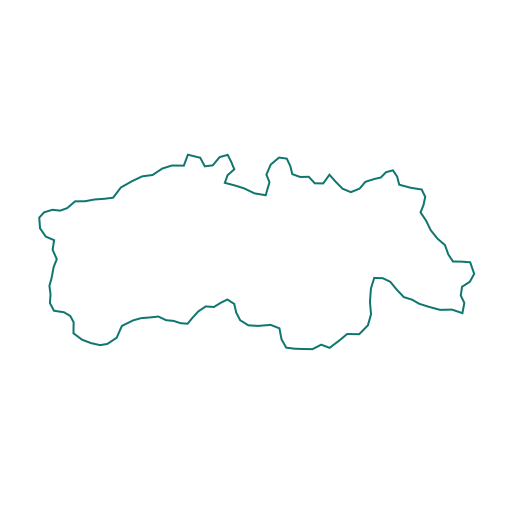 the district of Coimbra, Minas Gerais, Brazil, rotated 184°
{"feature_id": "56859067B39104662018874", "entity_name": "Coimbra", "entity_type": "district", "adm_level": 2, "iso_a3": "BRA", "parent_name": "Brazil", "parent_adm1": "Minas Gerais", "projection": "albers", "projection_center": [-42.796, -20.843], "detail": "fine", "context": "isolated", "style": "outline", "palette": "teal", "viewbox_px": 512, "rotation_deg": 184, "n_neighbors": 0, "source": "geoboundaries", "source_scale": "gbopen_adm2", "svg_char_len": 1823}
<svg xmlns="http://www.w3.org/2000/svg" viewBox="0 0 512 512"><g transform="rotate(184 256 256)"><path d="M176.2,169.5L166.8,177.7L159.7,184.5L147.6,185.2L139.5,194.7L137.2,205.9L139.1,218.1L139.1,231.6L136.5,242.4L128.0,242.7L120.2,239.6L113.5,232.5L105.7,225.3L97.2,223.3L89.8,219.7L80.2,217.4L68.6,215.1L56.8,216.2L46.1,213.4L44.9,223.7L49.0,230.9L48.3,239.7L40.9,245.2L37.1,253.4L41.9,264.7L51.6,264.7L59.1,264.2L64.3,271.0L68.2,280.0L76.2,286.0L83.5,293.9L88.7,303.0L94.9,311.0L92.5,318.4L91.3,326.8L95.4,333.9L106.1,334.8L118.1,337.1L120.7,345.0L125.4,351.0L132.1,348.7L137.0,343.0L143.6,341.0L152.1,337.6L157.3,330.5L165.8,326.3L174.4,329.2L181.7,335.6L188.4,342.2L194.0,333.1L202.4,332.6L208.9,338.7L217.4,337.9L225.5,340.2L228.1,348.2L232.1,355.3L239.9,355.8L247.7,348.2L251.3,337.9L247.7,330.5L250.6,317.3L261.9,318.4L272.8,322.7L282.1,324.9L292.2,326.8L290.0,334.6L283.7,341.0L287.3,348.2L291.3,354.9L299.2,352.1L305.5,343.4L313.3,341.9L318.5,350.1L331.0,352.3L334.3,341.1L346.2,340.4L355.6,336.7L364.8,329.6L375.1,327.5L384.7,322.1L395.6,314.9L402.6,304.2L411.2,302.5L421.1,301.1L430.4,298.7L440.3,297.9L447.7,290.6L454.5,287.6L462.3,287.9L470.4,284.8L474.9,279.2L473.4,268.6L467.1,260.7L458.5,257.7L459.3,248.0L454.5,238.9L457.1,230.9L458.3,220.2L460.0,211.8L458.3,203.5L458.3,194.7L453.7,187.3L443.7,186.5L437.1,183.2L433.3,177.2L432.7,166.2L423.8,160.4L414.5,157.6L405.3,156.2L398.2,157.9L389.3,164.7L384.9,176.9L374.1,183.2L366.3,186.0L358.2,187.2L349.2,188.8L341.2,185.7L333.6,185.5L326.7,183.7L319.5,183.7L315.4,189.5L309.7,196.7L302.6,202.2L294.4,202.2L287.7,207.0L281.5,210.6L274.4,206.7L271.8,198.2L267.3,190.8L258.8,186.3L249.1,186.4L236.6,188.3L227.6,185.5L224.7,174.6L219.5,166.7L211.0,166.2L202.8,166.5L193.2,167.0L184.7,172.1L176.2,169.5Z" fill="none" stroke="#0f766e" stroke-width="2"/></g></svg>